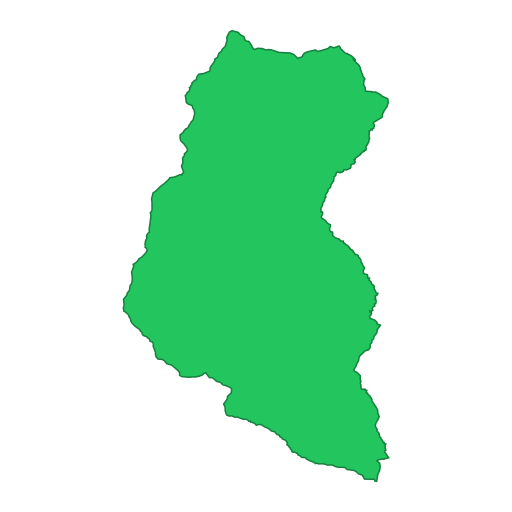 Maneciu, Prahova, Romania
{"feature_id": "2599482B82003070175979", "entity_name": "Maneciu", "entity_type": "district", "adm_level": 2, "iso_a3": "ROU", "parent_name": "Romania", "parent_adm1": "Prahova", "projection": "natural_earth1", "projection_center": [25.967, 45.402], "detail": "fine", "context": "isolated", "style": "filled", "palette": "green", "viewbox_px": 512, "rotation_deg": 0, "n_neighbors": 0, "source": "geoboundaries", "source_scale": "gbopen_adm2", "svg_char_len": 6042}
<svg xmlns="http://www.w3.org/2000/svg" viewBox="0 0 512 512"><path d="M388.7,457.8L384.7,451.9L384.6,450.7L385.8,450.1L384.9,445.8L385.8,444.0L384.1,443.5L384.2,442.4L382.7,441.8L382.6,440.4L381.4,439.4L380.8,437.8L379.8,436.8L378.8,432.8L376.9,431.2L377.2,429.5L375.4,426.4L375.3,425.1L376.2,422.5L378.3,419.0L379.2,416.5L377.8,413.2L377.7,410.4L376.7,408.1L371.7,400.5L371.9,399.2L370.2,396.3L368.0,394.4L367.6,393.1L366.2,392.7L366.8,390.4L364.8,389.8L365.2,389.4L364.9,389.1L362.3,389.4L360.9,387.8L360.9,384.7L360.2,383.7L360.9,381.3L360.2,379.6L360.3,375.7L356.9,372.3L354.4,371.1L353.6,370.1L356.1,366.0L356.9,363.6L358.5,360.8L359.3,356.4L365.4,350.7L368.5,349.9L370.1,347.7L370.2,344.5L371.9,342.3L371.7,340.6L373.6,338.9L374.0,336.5L376.8,333.0L377.3,329.5L380.5,325.2L377.1,323.9L377.1,322.5L374.8,320.1L370.1,318.4L369.6,316.3L370.8,315.2L371.6,313.2L370.0,312.2L369.7,311.0L371.4,311.8L371.7,311.0L372.9,310.2L372.2,308.3L373.2,306.9L374.8,306.0L374.4,304.1L375.7,303.7L376.2,301.5L376.1,300.1L374.9,299.2L375.7,298.1L375.1,296.1L377.0,295.2L377.9,293.4L376.3,293.0L374.0,288.1L373.8,287.3L374.4,286.8L374.1,286.0L371.4,283.5L370.9,281.5L369.0,280.2L369.6,278.2L367.5,277.6L367.8,276.5L367.3,274.6L364.5,274.0L363.4,272.9L363.3,270.6L364.6,268.0L362.8,265.4L362.0,263.1L361.1,262.3L360.7,259.5L358.6,257.0L358.3,255.7L357.2,254.8L354.9,254.2L352.7,250.3L351.1,249.6L347.7,245.6L345.5,244.3L344.8,243.3L343.5,242.9L343.3,241.1L340.8,241.1L339.5,239.2L335.4,237.9L332.5,235.4L332.8,233.9L332.5,232.1L330.4,231.5L329.6,230.0L329.6,228.1L330.5,226.2L330.4,224.8L327.7,223.4L325.4,220.5L321.6,217.9L321.2,216.9L322.6,214.1L322.7,212.7L322.3,211.9L321.2,211.9L320.7,211.0L321.1,210.0L320.8,208.5L322.4,205.7L322.9,202.5L324.4,201.1L325.0,198.0L326.0,197.1L325.4,195.1L328.0,191.3L328.0,189.5L330.5,187.4L330.8,185.5L332.6,182.2L333.7,180.9L333.9,177.0L335.7,175.6L336.2,173.0L337.6,171.9L340.1,172.8L340.6,172.2L341.6,172.3L343.4,171.3L344.0,169.6L346.2,170.0L350.4,168.2L350.8,167.5L351.0,164.9L352.2,164.1L354.1,163.8L355.3,161.9L354.0,159.7L355.2,159.5L355.3,158.3L360.5,154.5L361.9,152.4L364.2,151.4L364.2,150.3L365.6,150.3L366.1,149.8L366.3,149.0L365.8,147.9L366.4,145.7L367.5,144.7L368.0,142.9L368.8,142.1L368.9,140.0L369.7,138.6L369.1,137.1L368.9,134.7L369.3,134.4L369.4,132.8L369.0,131.5L370.0,130.9L370.9,129.4L372.2,130.0L372.3,129.1L373.8,128.1L374.4,124.8L373.3,123.4L373.5,122.5L382.0,117.3L382.5,115.9L382.5,113.8L383.7,112.1L383.8,111.2L387.0,106.7L388.3,102.4L387.7,98.7L382.6,96.5L379.8,94.2L375.7,92.0L373.2,92.2L372.2,91.7L365.6,91.2L365.1,87.6L363.6,84.8L363.9,81.0L364.9,79.0L362.7,75.9L362.7,74.8L361.6,72.9L361.3,70.9L360.3,69.6L360.5,68.2L358.8,65.0L354.1,60.6L353.6,59.8L355.0,60.5L355.4,60.1L354.7,58.9L351.5,55.9L347.4,53.9L347.9,53.2L346.9,53.7L345.3,53.2L340.5,48.6L340.2,47.3L339.0,46.0L334.0,47.8L330.1,46.5L328.0,48.5L319.8,51.0L317.2,51.3L315.5,49.9L306.9,52.0L304.2,53.3L302.9,55.0L302.3,56.7L297.9,58.4L293.6,54.4L290.2,53.0L278.9,52.4L271.5,49.9L268.6,49.5L266.3,50.1L262.2,48.5L257.8,48.3L254.3,49.5L252.2,47.4L251.9,46.1L249.6,42.3L248.7,41.4L246.4,41.1L245.2,40.3L243.9,36.7L240.1,34.5L238.3,32.4L232.0,30.7L229.6,31.9L227.1,36.4L226.8,37.8L227.1,40.1L225.2,46.5L222.2,49.3L221.5,51.1L218.9,53.3L217.4,57.4L214.9,59.0L214.5,61.3L210.1,67.6L210.0,71.0L203.7,73.5L199.1,74.1L198.2,75.0L196.9,76.8L196.3,79.8L194.6,80.4L191.9,83.1L191.9,84.7L190.9,85.5L190.6,87.0L189.4,87.5L189.9,89.1L188.8,91.4L187.0,92.7L187.0,93.6L185.3,95.5L186.4,102.6L188.3,104.2L192.1,105.5L192.7,107.9L194.0,109.7L194.7,113.7L193.1,119.7L192.5,120.9L191.3,121.5L190.8,123.0L189.4,124.6L187.8,128.0L185.7,128.9L183.9,130.9L183.3,132.2L180.1,134.9L180.1,138.7L180.8,140.9L184.0,143.9L187.3,148.7L187.2,151.2L184.4,153.8L184.5,155.3L182.6,158.0L182.9,163.3L181.5,165.5L181.8,167.4L183.6,171.9L182.7,173.5L181.8,174.1L182.0,174.8L179.9,174.7L174.6,177.0L169.8,177.7L168.7,179.5L164.0,183.8L160.3,186.6L155.9,191.0L153.1,192.8L151.6,198.7L152.0,202.7L152.0,210.1L151.3,211.7L150.3,212.6L150.9,216.2L149.2,229.1L149.3,232.2L147.8,233.4L146.8,235.2L146.5,236.3L146.9,238.0L145.3,241.4L145.4,242.7L144.9,244.2L145.4,245.5L145.1,247.4L146.4,248.1L147.3,250.4L146.1,252.5L142.2,256.7L138.5,259.3L138.3,260.1L136.2,262.4L133.1,264.4L133.8,266.1L131.6,272.0L132.3,277.9L131.9,283.1L130.1,285.5L129.4,290.4L127.2,293.1L126.9,295.1L123.5,299.2L124.0,303.8L124.0,306.1L123.3,307.8L123.9,311.2L126.0,312.4L128.3,314.6L129.3,317.3L130.3,318.3L130.8,320.9L132.0,323.1L135.2,326.4L140.0,329.8L140.0,330.7L142.0,332.5L142.2,334.1L143.3,335.5L146.7,336.7L147.4,337.7L149.4,339.1L150.1,341.3L152.6,342.1L153.4,344.2L153.1,346.0L155.6,352.7L155.4,353.9L156.0,356.9L157.0,357.6L157.9,359.1L162.0,359.4L164.4,360.7L165.9,362.7L166.7,362.9L166.8,363.7L171.6,365.1L178.2,370.7L179.5,372.3L179.6,375.2L181.6,376.6L189.1,377.3L193.3,376.8L194.5,377.1L198.9,376.3L202.3,375.0L204.0,373.5L205.7,372.8L209.4,377.6L212.6,377.8L216.8,381.5L220.3,382.2L223.0,384.9L225.6,385.5L230.5,387.6L231.6,388.9L231.3,392.8L227.5,396.4L227.4,398.2L226.4,400.3L223.6,404.1L225.1,407.1L225.2,411.0L226.6,415.0L229.4,416.1L231.7,415.8L234.8,417.2L237.2,417.0L243.2,419.3L245.8,419.0L247.7,420.0L248.8,421.3L250.1,421.1L250.5,422.1L251.9,422.1L254.9,423.6L256.3,425.3L258.5,424.5L261.2,424.7L264.3,426.7L268.1,428.3L271.6,431.1L274.6,431.7L277.0,434.5L279.3,435.2L279.7,436.7L281.7,437.7L282.4,439.0L285.4,440.1L286.9,442.0L287.3,443.4L286.9,444.3L287.3,445.2L288.4,445.5L289.4,447.5L290.2,447.8L290.4,449.0L291.7,449.9L291.5,451.0L291.9,451.5L293.1,452.3L294.7,452.0L296.6,453.3L297.5,453.3L298.0,455.0L300.3,455.9L301.6,457.4L305.6,457.7L306.5,459.1L310.5,461.1L313.9,462.2L315.4,463.6L316.5,463.2L318.9,463.9L323.5,463.8L327.7,465.1L332.2,464.9L335.3,466.5L338.4,467.3L345.0,467.4L347.0,469.5L354.1,470.5L356.6,471.9L358.5,473.9L362.2,475.0L364.5,479.1L374.3,479.3L374.8,481.0L376.7,481.3L377.8,474.4L379.6,470.6L380.2,466.5L379.7,463.2L376.9,460.8L378.3,459.8L383.2,459.0L383.9,459.4L384.8,458.7L388.7,457.8Z" fill="#22c55e" stroke="#15803d" stroke-width="1.5"/></svg>